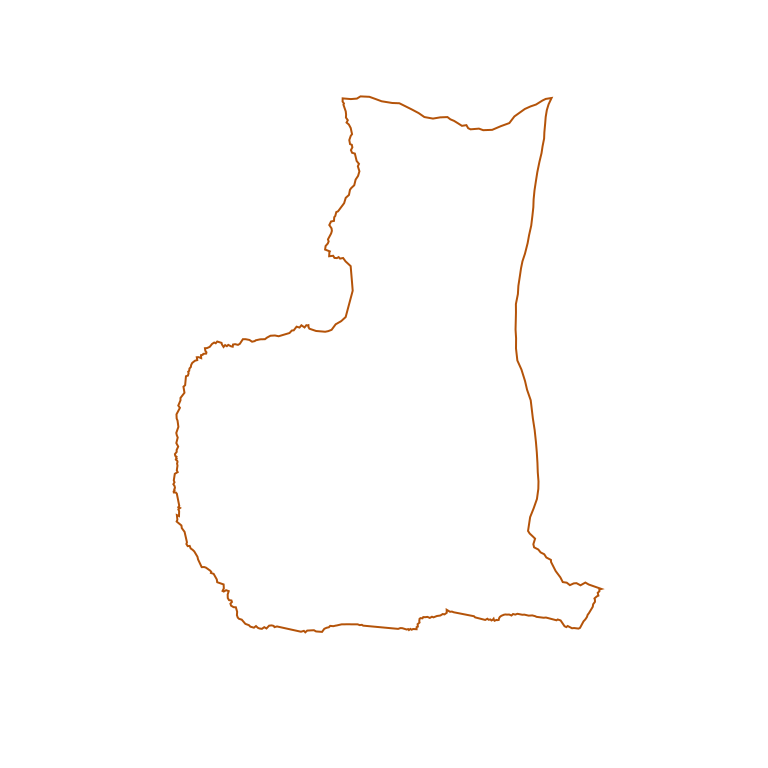 outline of Luba, Bioko Sur, Equatorial Guinea, rotated 345°
{"feature_id": "11065452B69220194361963", "entity_name": "Luba", "entity_type": "district", "adm_level": 2, "iso_a3": "GNQ", "parent_name": "Equatorial Guinea", "parent_adm1": "Bioko Sur", "projection": "mercator", "projection_center": [8.565, 3.411], "detail": "fine", "context": "isolated", "style": "outline", "palette": "amber", "viewbox_px": 768, "rotation_deg": 345, "n_neighbors": 0, "source": "geoboundaries", "source_scale": "gbopen_adm2", "svg_char_len": 5635}
<svg xmlns="http://www.w3.org/2000/svg" viewBox="0 0 768 768"><g transform="rotate(345 384 384)"><path d="M418.0,97.4L417.1,100.5L417.9,102.7L417.1,103.7L417.6,110.8L417.1,114.0L416.2,116.8L417.3,119.8L415.5,121.8L417.2,124.2L418.1,128.1L417.8,134.4L416.1,135.7L413.6,139.4L413.3,143.5L414.8,144.6L414.7,147.2L412.6,149.5L413.0,152.4L415.5,153.9L415.3,161.5L416.8,164.9L415.1,166.9L415.3,172.2L412.8,176.3L409.5,179.2L406.7,184.3L403.0,186.3L401.4,187.6L399.1,192.3L395.2,194.3L392.3,199.0L384.3,205.3L382.4,205.6L380.4,209.1L379.1,210.0L377.9,213.5L374.9,213.3L372.3,216.3L373.6,220.1L373.3,222.6L371.9,224.9L367.3,229.8L367.4,232.0L366.1,233.7L363.3,235.6L361.9,238.9L366.0,241.9L365.3,242.7L364.1,246.4L368.1,247.0L368.8,249.4L371.1,250.2L373.0,249.7L374.0,251.5L377.1,251.7L378.6,255.6L382.3,261.5L379.4,277.7L377.9,285.8L364.3,309.4L358.9,312.2L352.8,313.8L347.4,318.1L343.8,318.5L340.7,318.3L332.1,315.2L326.3,311.3L325.8,309.8L326.2,307.6L325.1,307.6L324.2,307.1L321.9,308.8L319.4,305.9L317.0,307.6L314.4,306.0L310.7,308.8L308.8,308.5L305.9,310.3L294.6,310.6L291.2,308.9L286.8,308.0L283.0,308.9L280.6,309.9L276.0,308.8L271.4,308.6L270.2,309.1L267.5,309.0L265.4,306.6L261.9,304.9L259.3,304.2L255.1,307.9L253.1,308.4L250.5,307.0L248.4,306.8L247.5,308.8L246.0,308.0L243.7,305.9L242.0,306.8L240.6,305.3L238.6,306.7L237.7,303.8L237.7,302.2L233.9,299.8L232.0,301.1L230.7,300.0L228.3,300.8L225.3,303.0L222.4,303.5L220.3,303.1L220.0,305.7L220.7,307.4L220.1,308.6L217.3,308.1L216.4,308.9L214.7,308.8L214.1,311.7L211.9,310.1L210.1,309.7L209.8,312.6L207.4,312.6L204.2,314.0L202.6,315.8L201.8,317.6L200.1,318.7L199.3,320.8L198.0,321.5L198.1,322.9L196.8,325.1L194.7,325.3L191.6,333.7L189.6,334.7L189.0,340.8L183.8,344.8L183.2,347.1L179.7,351.6L180.7,354.2L175.7,359.6L174.8,363.7L175.1,365.9L174.3,372.2L170.7,377.5L170.6,379.7L170.9,382.3L168.1,387.3L169.0,391.2L166.6,394.1L166.2,395.9L163.9,397.6L163.8,399.4L164.8,400.6L164.0,401.6L164.4,402.4L163.4,403.2L164.4,404.7L164.4,405.8L163.5,407.3L163.4,409.4L161.5,413.8L161.9,415.7L158.7,416.6L156.0,422.7L156.2,424.7L154.6,426.3L155.3,428.4L155.2,430.2L154.1,431.5L154.3,432.3L153.0,433.3L152.9,434.4L154.8,434.9L155.5,436.3L154.7,448.7L153.5,449.7L154.9,451.0L152.9,451.8L153.2,453.8L151.8,458.5L150.0,457.0L149.3,461.6L148.1,463.2L151.7,468.2L151.4,470.9L153.1,475.2L152.7,485.9L151.7,487.4L152.4,489.8L154.4,490.1L154.7,492.8L156.2,494.6L157.4,496.6L159.1,502.6L159.0,505.3L160.5,513.7L163.0,514.3L164.5,515.3L167.8,519.3L168.5,520.7L167.9,521.7L170.3,523.3L171.9,529.5L171.6,532.3L177.2,536.1L176.4,539.9L174.5,542.1L175.5,543.0L178.1,542.3L180.4,543.9L178.5,546.9L177.7,550.3L178.4,552.7L180.6,553.6L180.7,555.2L178.8,556.4L178.9,558.5L181.0,560.7L183.1,561.3L183.2,566.0L182.1,569.2L182.3,571.8L183.2,573.3L185.6,574.8L188.0,579.8L191.1,582.0L192.1,583.8L195.3,585.7L197.7,584.7L199.1,586.9L200.4,587.9L202.7,588.9L205.4,587.9L207.2,589.7L210.5,587.7L213.0,588.1L214.8,589.1L215.3,590.5L217.9,590.5L239.7,601.8L242.7,601.7L243.7,603.5L246.0,602.3L252.6,603.7L254.3,605.4L260.0,607.4L263.0,605.0L265.5,604.6L267.8,604.7L269.4,603.7L272.3,604.8L275.1,604.9L275.7,605.0L278.7,605.1L281.0,605.2L285.2,606.3L285.6,606.4L296.3,609.3L298.1,610.6L300.3,610.9L301.3,612.0L334.3,624.2L336.6,624.0L338.5,624.6L342.3,627.0L343.9,627.0L344.4,628.1L346.1,627.4L347.1,628.5L348.7,628.2L352.0,629.3L352.6,627.3L353.9,627.1L354.3,624.7L356.6,623.6L356.7,622.1L357.6,620.0L358.7,619.6L360.5,620.3L361.6,619.3L363.4,619.9L365.7,620.2L367.7,621.8L370.1,621.2L371.4,622.2L375.1,621.8L378.5,622.2L381.2,621.4L382.8,622.2L385.4,621.2L386.1,618.3L388.8,621.1L390.7,621.4L392.2,622.5L410.8,631.6L411.6,633.0L420.7,638.1L423.1,637.5L424.0,638.8L425.9,639.0L426.6,640.2L428.0,639.9L429.1,639.1L429.1,640.2L429.5,641.3L431.6,641.0L432.2,641.4L433.7,641.6L434.5,640.1L435.6,639.0L437.3,638.3L440.2,637.9L441.9,638.1L442.8,638.5L445.3,639.1L447.2,640.6L449.1,639.6L451.1,640.7L453.4,640.5L457.9,642.7L459.9,643.1L463.8,645.2L467.3,645.9L469.8,647.3L471.1,648.4L477.7,651.1L480.0,651.5L489.5,656.9L490.8,656.4L493.4,658.1L495.7,664.7L497.2,666.0L498.8,665.3L502.4,668.6L504.4,668.9L508.6,670.6L510.2,670.3L515.3,664.9L517.5,663.5L519.6,661.7L521.1,659.5L522.4,658.6L528.0,653.2L529.0,650.9L531.4,649.0L531.9,647.0L531.8,645.6L534.7,644.2L536.3,643.9L536.4,641.0L538.4,640.0L538.8,638.2L540.9,638.2L529.9,630.7L527.1,627.9L521.7,629.3L518.4,626.2L515.7,625.7L511.5,626.4L509.1,623.2L505.4,621.6L504.3,616.4L501.4,609.1L499.3,599.2L499.7,597.1L495.9,593.6L494.7,589.9L491.7,587.2L490.2,583.8L486.7,580.6L486.8,577.4L489.9,572.5L488.0,569.3L486.0,566.1L485.1,563.2L490.7,550.4L496.4,542.8L502.0,534.6L505.9,525.3L508.0,518.1L509.7,509.0L511.8,499.9L513.9,489.6L515.7,479.6L517.6,467.5L518.9,455.7L520.5,444.6L521.5,437.7L520.7,426.5L521.0,417.6L520.5,405.6L518.9,395.8L520.7,383.8L523.4,374.1L525.2,365.3L527.8,356.5L530.0,349.0L532.1,340.9L536.6,331.8L539.2,324.0L543.1,315.1L546.3,307.7L549.5,301.3L553.9,294.6L559.2,285.1L562.6,277.9L567.2,269.1L570.9,259.9L574.0,251.9L576.3,244.4L579.5,235.9L583.0,227.9L586.9,219.1L591.6,209.7L595.9,201.8L598.7,195.4L602.2,188.3L604.0,182.5L607.2,173.8L609.3,167.9L612.2,161.5L615.4,156.4L619.9,151.1L614.0,150.5L610.4,151.2L603.2,153.4L597.4,153.8L591.2,154.8L579.2,159.3L572.6,164.4L563.5,165.2L554.3,166.5L545.5,164.5L541.8,161.9L533.5,160.4L531.5,158.7L530.6,155.3L526.1,154.8L523.1,151.5L519.8,148.0L516.6,145.5L514.4,142.6L507.3,141.0L500.0,140.3L492.1,136.6L487.6,131.3L481.8,125.9L475.7,120.5L471.5,116.8L464.7,114.7L454.9,110.3L449.4,106.4L444.2,102.8L435.7,100.1L431.7,101.3L425.7,100.2L419.3,97.9L418.0,97.4Z" fill="none" stroke="#b45309" stroke-width="2"/></g></svg>